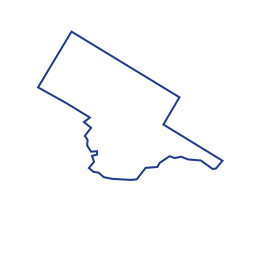 Schuyler, Illinois, United States of America, rotated 30°
{"feature_id": "52423323B64731039190901", "entity_name": "Schuyler", "entity_type": "district", "adm_level": 2, "iso_a3": "USA", "parent_name": "United States of America", "parent_adm1": "Illinois", "projection": "equal_earth", "projection_center": [-90.531, 40.132], "detail": "fine", "context": "isolated", "style": "outline", "palette": "blue", "viewbox_px": 256, "rotation_deg": 30, "n_neighbors": 0, "source": "geoboundaries", "source_scale": "gbopen_adm2", "svg_char_len": 586}
<svg xmlns="http://www.w3.org/2000/svg" viewBox="0 0 256 256"><g transform="rotate(30 128 128)"><path d="M183.6,130.6L188.3,126.3L195.7,125.2L207.3,119.7L221.7,121.2L224.4,119.2L226.2,109.1L156.9,107.3L157.2,75.7L30.9,72.8L30.3,105.8L29.8,137.8L62.1,137.3L89.7,138.0L86.9,144.9L95.9,146.3L94.6,156.5L99.0,158.6L101.4,163.6L107.8,167.0L112.8,163.6L114.5,166.5L110.8,170.1L115.5,174.3L114.1,182.2L120.0,183.2L124.8,181.4L131.6,182.7L139.8,179.9L156.3,171.6L161.2,168.1L163.2,153.7L172.9,147.1L172.9,142.3L178.1,131.7L183.6,130.6Z" fill="none" stroke="#1e3a8a" stroke-width="2"/></g></svg>